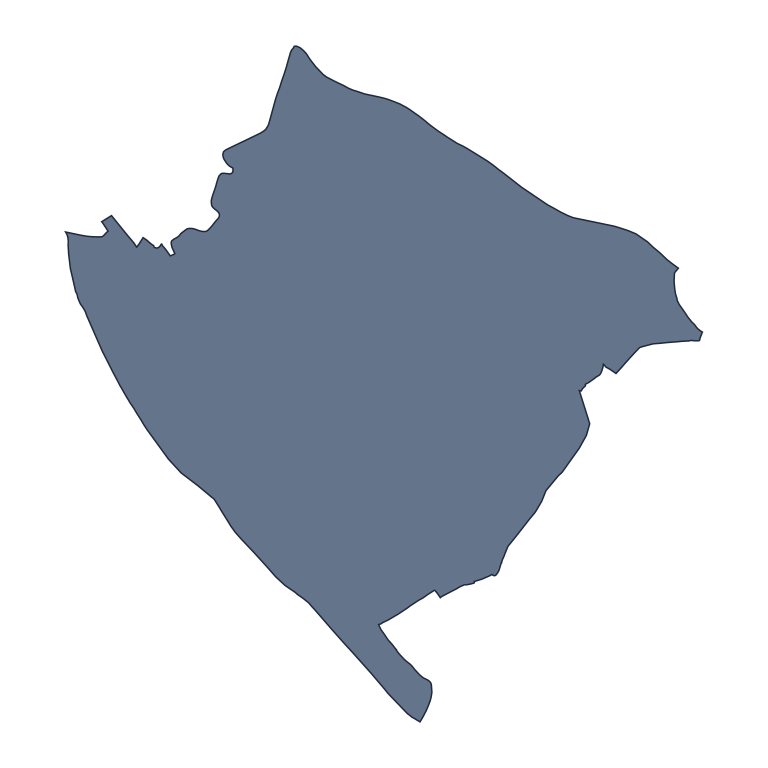 Giong Trom, Bến Tre, Vietnam (Mercator projection)
{"feature_id": "81297802B83890760772965", "entity_name": "Giong Trom", "entity_type": "district", "adm_level": 2, "iso_a3": "VNM", "parent_name": "Vietnam", "parent_adm1": "Bến Tre", "projection": "mercator", "projection_center": [106.467, 10.145], "detail": "fine", "context": "isolated", "style": "filled", "palette": "slate", "viewbox_px": 768, "rotation_deg": 0, "n_neighbors": 0, "source": "geoboundaries", "source_scale": "gbopen_adm2", "svg_char_len": 6033}
<svg xmlns="http://www.w3.org/2000/svg" viewBox="0 0 768 768"><path d="M678.4,268.2L676.4,266.8L671.8,263.4L667.1,259.7L660.2,253.1L652.9,247.0L647.5,241.8L642.5,238.4L636.0,233.9L628.4,230.7L620.5,228.1L614.3,226.2L573.2,217.7L567.9,215.6L560.5,212.0L554.9,208.8L547.4,204.7L521.8,187.4L504.4,173.8L498.7,169.6L493.1,165.1L487.8,161.3L476.4,154.2L466.5,148.1L462.7,146.0L457.2,143.4L447.7,137.4L445.1,135.6L438.4,131.2L436.2,129.6L432.0,126.5L428.9,124.1L425.5,121.2L422.6,118.9L418.2,115.5L415.1,113.4L409.8,109.6L406.8,107.7L400.0,104.0L392.1,100.9L387.5,99.2L384.0,98.2L379.9,97.2L371.6,95.4L370.5,95.2L364.5,93.9L357.5,91.5L352.9,90.1L348.4,88.2L343.6,85.5L337.6,82.7L333.0,80.4L326.3,76.9L322.9,74.3L320.2,71.4L315.5,66.5L310.2,59.6L309.4,58.5L307.3,55.1L306.2,53.5L303.8,50.9L301.9,49.2L300.5,48.0L299.2,47.3L297.7,46.7L296.7,46.2L295.7,46.1L294.2,46.3L293.5,47.8L291.7,50.0L291.2,50.9L290.2,53.2L289.9,54.6L288.4,59.7L286.2,67.6L284.2,73.9L281.7,81.0L279.6,87.7L278.2,91.4L277.3,93.8L275.8,98.4L275.0,101.2L269.1,122.7L268.2,125.4L266.5,128.1L265.6,129.5L263.1,131.5L260.1,133.3L230.6,147.5L226.3,149.6L224.7,150.7L223.5,151.8L222.8,154.7L223.3,157.6L224.1,159.4L226.5,163.1L228.5,165.3L230.2,166.6L232.9,168.1L233.0,170.5L232.7,172.2L231.6,173.3L230.7,173.7L229.8,174.0L228.7,173.8L227.0,173.6L225.6,173.5L224.3,173.3L223.2,173.3L222.0,173.4L221.3,173.6L220.7,174.1L220.0,174.9L219.1,175.8L218.3,177.7L217.7,179.4L217.2,181.2L216.4,183.7L216.3,184.4L215.2,188.1L213.9,191.7L212.6,195.6L211.8,198.3L211.3,200.4L211.3,202.2L211.5,204.6L212.0,206.2L212.7,207.1L214.1,208.6L216.8,210.7L218.4,212.3L219.1,213.4L219.3,214.1L219.4,215.4L219.4,215.9L219.2,216.6L218.7,217.6L217.9,218.9L216.8,219.9L214.6,222.5L211.9,226.0L210.2,227.9L208.2,229.9L207.2,230.8L206.4,231.2L205.7,231.5L204.6,231.5L203.2,231.5L201.4,231.3L198.9,230.6L196.0,229.5L194.1,228.9L192.2,228.5L190.3,228.4L188.6,228.5L186.8,229.0L184.8,230.5L182.7,232.1L180.9,233.5L180.3,234.3L179.4,235.4L178.9,236.0L178.2,236.6L177.3,237.2L176.1,238.0L175.4,238.3L175.1,238.5L173.9,239.1L171.9,240.7L171.2,242.1L171.2,243.7L172.0,247.4L173.9,251.6L174.7,253.2L174.8,253.4L174.7,253.8L173.4,254.6L170.3,255.9L165.6,249.3L163.8,247.2L163.4,246.8L162.9,246.2L162.3,245.3L161.9,244.3L161.7,244.1L161.3,244.1L160.9,244.8L160.0,246.2L158.9,247.2L157.9,247.8L157.2,248.0L156.4,248.0L155.1,247.7L154.6,247.5L154.1,247.1L153.9,246.5L153.9,246.1L153.6,245.6L153.2,245.3L152.3,244.8L151.0,243.8L149.2,242.3L147.7,240.9L147.3,240.5L143.1,237.6L138.8,244.4L136.6,247.1L136.4,246.8L135.2,244.9L134.3,243.5L132.3,241.0L127.6,235.5L119.5,225.5L111.5,215.6L101.7,221.7L103.4,224.0L106.1,228.2L108.0,231.1L107.9,231.2L107.2,231.9L105.6,233.4L104.2,235.0L103.4,235.8L102.0,236.7L101.1,236.9L97.0,236.9L94.6,236.8L90.5,236.6L85.8,236.1L79.8,235.0L65.6,232.0L67.0,234.5L67.8,237.2L68.3,241.1L68.1,245.0L68.5,251.5L68.6,253.8L70.4,268.6L74.5,286.4L75.6,291.6L77.0,294.1L77.8,297.8L78.7,300.1L80.3,303.8L82.9,307.4L85.4,311.8L86.7,315.6L102.2,351.0L109.4,365.2L112.6,371.6L116.6,379.1L118.2,382.1L119.6,385.0L121.9,388.8L123.9,392.4L126.9,397.5L130.3,403.2L133.8,408.3L136.7,413.2L140.8,419.6L144.3,425.5L147.0,429.6L168.5,459.2L181.1,472.9L198.1,485.9L205.7,492.2L211.4,497.0L213.7,498.7L214.8,500.2L219.4,507.5L222.0,511.9L227.4,520.5L230.8,526.1L235.1,532.1L241.0,538.8L254.5,553.1L267.3,567.2L275.6,576.7L285.0,585.4L289.3,588.4L295.4,592.5L297.1,594.2L302.9,598.2L308.6,602.8L312.3,607.1L315.8,610.9L321.6,617.6L331.8,629.4L344.4,643.6L352.3,652.2L371.4,673.6L385.4,690.1L387.8,693.2L397.2,703.0L407.3,713.5L411.6,716.9L420.0,721.9L422.7,717.4L426.2,710.7L428.5,705.3L430.2,700.8L431.1,697.3L431.7,693.6L431.9,692.5L431.4,685.2L431.1,683.7L430.5,682.5L429.6,681.4L427.9,680.1L423.2,677.8L419.7,674.9L414.6,669.4L412.2,666.3L410.5,664.5L406.3,661.2L404.0,659.1L399.9,654.7L398.3,652.8L396.5,650.3L396.4,649.9L396.4,649.5L396.0,649.3L395.6,648.9L391.9,644.1L388.0,639.8L384.6,634.7L381.1,629.8L380.2,628.0L378.6,624.6L381.1,623.8L382.1,623.0L384.2,621.9L388.2,620.0L390.4,618.7L396.0,615.4L397.6,614.5L406.8,608.4L410.6,605.6L415.6,602.3L418.8,600.2L420.5,599.3L422.9,598.0L427.5,594.7L434.2,590.4L434.7,590.3L435.4,591.0L437.2,593.2L439.3,596.2L440.3,597.7L441.0,597.1L442.1,596.3L445.3,594.6L450.7,591.8L455.0,589.6L456.4,588.9L458.0,587.9L460.6,586.4L462.7,585.6L463.4,585.2L463.8,585.0L464.4,584.8L466.6,584.8L470.7,584.0L472.5,583.5L473.3,583.3L474.2,582.9L474.4,582.5L474.3,582.1L474.3,581.5L476.6,580.8L482.1,579.1L484.3,578.1L489.2,576.0L491.2,574.9L491.8,574.5L492.7,575.1L493.8,575.6L494.6,575.7L495.5,575.4L496.4,574.6L497.1,573.5L497.8,572.5L498.7,571.1L498.8,570.7L499.4,569.2L499.7,567.9L500.3,566.0L501.2,563.0L501.6,562.9L501.6,562.7L501.9,561.3L502.5,559.4L502.7,559.1L503.9,556.5L504.8,554.0L506.4,550.2L507.3,547.9L508.0,546.3L516.8,535.4L529.6,519.0L534.7,512.9L536.3,510.5L541.7,501.3L546.0,490.6L558.3,475.8L562.1,472.3L579.2,448.3L586.4,435.4L589.7,423.8L587.7,417.2L579.3,390.6L581.1,391.0L581.6,390.2L582.4,388.9L583.5,387.6L584.9,386.4L585.4,385.8L585.5,385.4L585.3,384.4L586.1,383.9L587.1,383.3L588.8,382.5L592.1,380.1L594.5,378.4L596.6,376.7L598.3,375.8L599.5,375.0L600.5,373.8L601.8,371.0L602.6,368.3L603.0,366.9L603.4,364.3L604.1,364.9L604.8,365.6L605.9,367.0L606.3,367.4L607.3,367.8L610.0,369.4L613.3,371.6L616.0,373.5L622.2,366.7L625.0,363.4L627.9,360.2L630.0,357.8L633.8,353.7L635.2,352.2L638.8,348.4L639.9,347.5L640.6,347.2L643.3,346.4L653.3,343.8L654.1,343.8L654.6,343.7L658.9,343.4L666.8,342.6L673.9,342.0L677.1,341.8L682.0,341.3L683.7,341.2L687.4,341.0L689.4,340.9L690.0,340.6L690.5,340.5L691.0,340.4L692.5,340.6L694.8,340.8L696.7,340.8L698.4,340.8L699.4,340.5L699.8,339.7L699.9,339.2L699.9,338.7L700.3,337.4L701.1,335.6L701.5,334.4L702.0,333.0L702.2,332.4L702.4,332.1L701.4,331.5L700.2,330.7L697.5,328.5L695.4,325.8L694.7,324.8L691.6,321.8L689.9,319.6L688.0,317.3L684.8,312.4L679.1,304.3L677.3,300.6L676.8,297.9L675.5,293.9L674.7,288.6L674.1,281.5L674.3,276.7L674.5,273.1L675.0,272.3L678.4,268.2Z" fill="#64748b" stroke="#1e293b" stroke-width="1.5"/></svg>